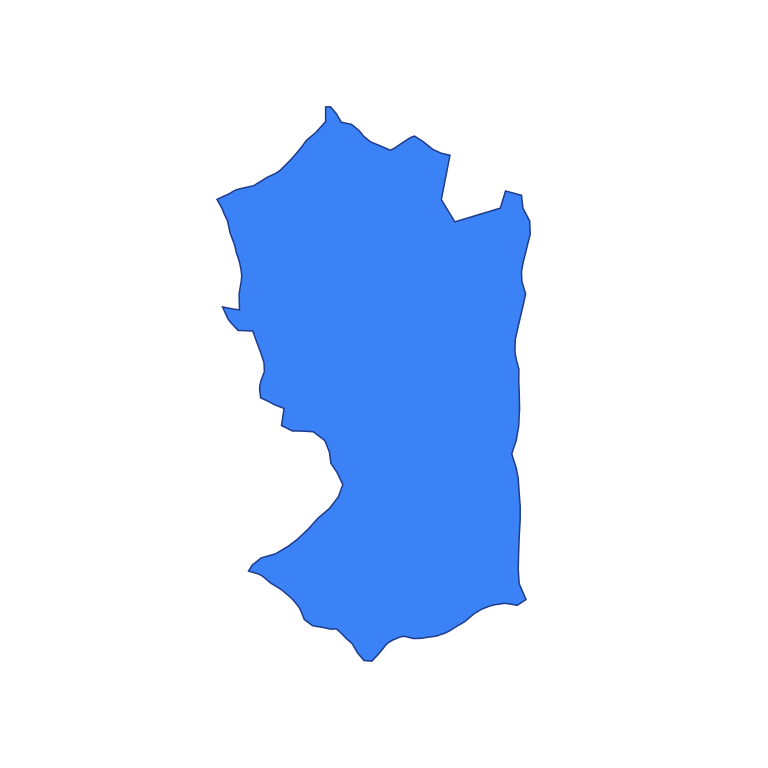 outline of Kitutu Chache South, Nyanza, Kenya, rotated 219°
{"feature_id": "3690345B32421349480810", "entity_name": "Kitutu Chache South", "entity_type": "district", "adm_level": 2, "iso_a3": "KEN", "parent_name": "Kenya", "parent_adm1": "Nyanza", "projection": "mercator", "projection_center": [34.755, -0.617], "detail": "fine", "context": "isolated", "style": "filled", "palette": "blue", "viewbox_px": 768, "rotation_deg": 219, "n_neighbors": 0, "source": "geoboundaries", "source_scale": "gbopen_adm2", "svg_char_len": 2367}
<svg xmlns="http://www.w3.org/2000/svg" viewBox="0 0 768 768"><g transform="rotate(219 384 384)"><path d="M386.7,608.1L395.9,617.2L411.0,610.5L404.3,593.9L431.0,554.6L455.5,563.4L476.7,603.3L484.9,599.3L493.5,597.1L498.6,597.0L505.9,597.0L516.3,595.9L518.5,592.2L521.6,582.8L523.8,575.3L526.1,569.7L536.5,566.8L547.1,563.7L555.5,563.7L559.7,564.6L563.2,565.3L572.7,565.3L581.9,560.6L591.3,564.1L600.1,565.8L603.7,562.6L594.5,551.1L595.3,536.2L597.6,524.8L597.2,516.4L597.3,506.1L597.5,501.1L597.9,496.5L599.3,484.0L600.8,479.5L604.8,471.3L608.7,460.2L610.1,456.0L618.1,446.0L620.5,442.7L622.1,439.8L624.3,433.8L626.3,429.9L630.0,422.4L620.0,418.3L615.4,415.7L608.6,412.5L598.0,404.1L588.0,398.3L580.8,392.7L578.1,391.2L572.4,387.3L567.3,383.1L562.7,378.6L559.9,374.5L553.3,362.8L542.9,350.6L549.4,346.8L558.0,342.3L548.5,337.5L545.2,336.1L541.0,335.2L531.1,333.8L519.3,342.6L511.5,337.8L500.7,331.5L490.6,325.0L484.6,318.1L481.7,309.1L479.1,304.0L476.6,300.8L471.1,295.6L463.9,297.5L455.9,299.0L446.3,302.1L437.5,287.2L425.7,289.8L418.4,295.6L408.9,302.4L394.4,302.8L383.8,296.9L375.4,289.0L364.6,285.6L352.7,279.9L348.5,267.7L348.1,252.8L350.8,238.6L351.6,223.7L353.5,209.2L356.2,198.1L361.5,183.6L369.9,171.8L372.5,160.3L371.5,153.3L368.1,154.8L362.1,157.3L359.2,158.0L356.2,158.2L346.6,158.0L337.0,159.3L333.6,159.6L329.4,159.5L321.2,159.3L316.5,158.6L309.6,157.0L305.5,155.2L297.7,150.8L287.4,151.2L278.4,156.3L271.2,159.9L266.8,163.8L260.3,163.4L252.2,162.4L245.4,162.2L235.4,158.4L225.5,156.5L222.8,158.4L219.0,161.1L218.3,171.0L218.3,182.5L217.9,185.5L216.2,190.2L212.3,197.5L210.2,200.1L207.8,201.6L201.1,204.6L195.9,209.0L193.8,211.1L191.5,213.8L184.6,221.1L179.5,229.4L177.4,234.1L176.5,237.1L174.1,243.9L172.9,246.7L171.7,250.2L169.4,262.3L166.3,270.7L162.2,277.8L159.0,282.2L152.2,289.5L146.8,292.8L141.2,295.8L138.0,305.9L153.3,313.9L163.2,324.6L173.1,337.5L178.9,345.2L183.5,351.4L186.2,355.1L192.6,364.0L201.1,374.6L210.2,384.2L220.5,395.3L228.0,401.6L230.9,403.6L236.1,406.9L240.8,410.2L245.8,423.5L252.4,435.3L254.2,438.0L258.3,443.5L262.6,449.5L272.9,461.7L281.3,471.3L288.4,480.3L295.7,485.6L300.9,489.9L303.5,492.7L309.9,501.1L316.0,513.3L321.4,524.4L325.6,533.2L330.6,543.1L341.3,550.4L347.7,557.6L352.2,565.7L354.2,569.9L356.2,574.4L360.4,583.2L364.6,592.4L373.3,602.3L386.7,608.1Z" fill="#3b82f6" stroke="#1e3a8a" stroke-width="1.5"/></g></svg>